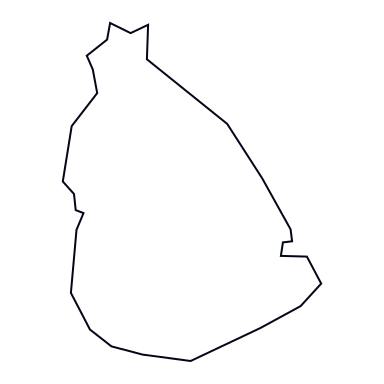 Green, Kentucky, United States of America (Natural Earth projection)
{"feature_id": "52423323B48611820693304", "entity_name": "Green", "entity_type": "district", "adm_level": 2, "iso_a3": "USA", "parent_name": "United States of America", "parent_adm1": "Kentucky", "projection": "natural_earth1", "projection_center": [-85.565, 37.291], "detail": "fine", "context": "isolated", "style": "outline", "palette": "ink", "viewbox_px": 384, "rotation_deg": 0, "n_neighbors": 0, "source": "geoboundaries", "source_scale": "gbopen_adm2", "svg_char_len": 467}
<svg xmlns="http://www.w3.org/2000/svg" viewBox="0 0 384 384"><path d="M70.9,292.9L90.0,329.6L111.5,346.4L142.6,354.6L190.6,361.0L260.4,328.0L300.6,306.1L321.2,283.6L306.9,256.6L280.9,255.9L282.9,242.4L292.1,241.3L290.6,229.4L262.3,178.5L227.2,123.9L146.9,59.3L148.1,24.8L130.6,33.1L110.1,23.0L107.1,39.6L86.8,55.7L92.8,69.5L97.2,93.1L71.7,126.1L62.8,181.5L74.0,194.0L75.7,210.1L83.5,213.1L76.5,229.9L70.9,292.9Z" fill="none" stroke="#020617" stroke-width="2"/></svg>